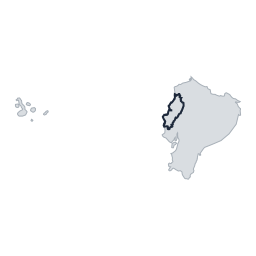 where Manabi sits in Ecuador
{"feature_id": "ECU-1282", "entity_name": "Manabi", "entity_type": "Province", "adm_level": 1, "iso_a3": "ECU", "parent_name": "Ecuador", "parent_adm1": "", "projection": "natural_earth1", "projection_center": [-80.093, -0.733], "detail": "fine", "context": "in_parent", "style": "outline", "palette": "slate", "viewbox_px": 256, "rotation_deg": 0, "n_neighbors": 0, "source": "natural_earth", "source_scale": "10m", "svg_char_len": 7066}
<svg xmlns="http://www.w3.org/2000/svg" viewBox="0 0 256 256"><path d="M240.2,101.6L239.4,102.2L237.5,102.4L236.1,101.9L235.5,101.9L235.4,102.4L237.3,103.9L238.2,106.4L239.6,108.0L240.5,108.7L240.5,109.3L240.2,110.3L240.2,111.1L240.6,115.0L240.3,115.3L239.3,115.3L238.5,114.6L236.2,124.2L229.1,133.8L221.0,140.6L211.6,144.6L204.8,147.3L203.7,148.3L200.3,153.1L200.2,153.6L200.6,154.4L200.7,155.0L200.2,155.3L199.7,155.3L199.6,155.1L199.4,154.5L199.0,153.9L198.4,153.7L198.1,153.9L198.1,154.4L197.4,157.0L197.4,158.3L197.1,158.8L197.1,159.9L196.4,161.0L195.9,162.7L195.3,163.3L194.6,166.0L193.5,168.6L193.4,169.6L193.8,170.2L193.9,170.7L193.4,172.4L191.0,174.0L190.4,174.8L190.1,175.7L190.3,176.5L190.2,177.1L189.5,177.3L188.7,178.9L188.1,179.2L186.6,178.7L185.4,178.7L184.6,178.2L182.9,175.6L182.2,174.1L182.0,172.0L180.4,170.7L178.2,171.0L177.5,170.5L175.9,169.7L174.5,168.7L173.5,168.2L172.7,168.4L171.4,170.1L170.1,170.8L169.6,170.8L168.8,170.3L168.7,169.7L170.6,166.8L169.2,166.7L168.7,166.1L168.6,165.4L168.4,164.6L168.7,163.6L169.4,163.1L170.5,163.5L171.2,163.5L171.7,162.7L172.7,162.0L172.9,161.5L172.4,160.1L172.3,159.3L172.4,158.9L172.4,157.3L172.1,156.7L172.0,155.9L171.8,155.4L171.7,154.3L170.9,153.7L173.2,152.7L174.0,151.9L175.0,151.2L175.9,150.1L176.5,149.0L177.8,144.0L179.1,140.9L178.9,139.4L177.8,137.4L177.6,134.4L177.7,133.4L177.6,132.8L176.9,134.0L177.0,138.4L176.4,140.4L175.6,140.9L175.0,140.5L175.3,137.3L174.7,137.9L173.7,140.1L172.0,141.7L171.9,142.2L171.5,142.9L170.2,142.3L169.2,141.6L166.0,138.0L163.9,137.2L162.6,136.0L162.3,135.4L162.2,134.7L163.5,133.9L164.8,132.9L165.0,130.6L164.9,128.9L163.9,125.8L164.4,121.9L164.1,120.3L163.0,117.1L163.9,115.4L166.8,114.2L167.8,113.4L168.5,110.8L169.2,109.2L170.5,109.8L171.5,109.8L170.1,109.2L169.0,106.8L168.8,105.8L171.0,102.5L172.2,101.7L173.6,100.0L174.8,97.4L175.1,93.4L174.6,90.5L174.2,87.4L174.9,86.7L176.7,86.2L178.2,85.3L179.0,84.3L180.7,84.5L182.7,83.1L186.0,82.4L190.5,80.8L191.5,79.3L191.1,76.8L192.7,78.3L193.5,79.5L195.8,80.9L198.6,83.3L200.4,84.5L202.4,85.6L205.2,86.8L207.0,86.6L207.7,88.4L208.3,89.0L210.0,89.6L210.2,89.8L210.8,93.2L211.2,93.7L212.6,94.2L214.3,94.4L215.0,94.3L216.6,95.2L218.9,96.0L219.8,96.1L220.2,95.9L220.3,95.6L221.0,95.7L222.1,96.1L223.5,96.2L224.5,95.8L224.7,93.9L225.0,93.5L226.1,92.8L226.6,92.9L229.4,94.4L230.0,94.9L230.7,96.0L232.0,97.5L233.4,98.5L235.6,98.9L237.7,100.5L240.2,101.6ZM20.6,99.5L21.5,100.5L21.9,103.5L24.7,106.5L25.0,108.3L24.8,109.1L24.9,109.4L26.2,110.6L27.1,111.9L25.6,114.9L22.6,116.1L19.2,116.1L18.6,115.7L17.7,114.6L17.5,113.6L18.1,112.6L19.8,111.1L22.4,109.8L22.7,108.8L21.6,107.8L20.9,105.9L19.3,104.5L18.5,100.3L17.9,100.1L16.8,100.7L16.2,100.1L16.1,99.9L17.4,98.9L17.6,98.2L19.4,97.9L20.1,98.5L20.6,99.5ZM33.5,112.2L32.8,112.2L30.6,110.7L30.8,109.2L31.6,108.1L34.4,107.6L35.5,108.6L35.4,110.4L34.5,111.7L33.7,111.9L33.5,112.2ZM173.6,147.1L173.3,147.8L172.0,147.7L171.7,147.5L172.0,144.6L172.3,143.7L173.4,142.8L174.3,142.3L175.4,142.4L176.7,143.2L175.2,144.7L174.1,145.1L173.6,147.1ZM18.5,107.2L17.1,107.5L16.0,107.0L15.5,106.1L15.4,104.9L15.5,104.4L18.0,104.0L18.9,105.0L18.9,106.6L18.5,107.2ZM46.1,114.4L44.4,115.0L43.5,114.4L43.5,114.0L44.3,113.1L45.2,112.5L46.0,111.4L47.4,110.7L47.9,110.9L48.1,111.1L48.2,111.5L47.8,112.4L46.9,113.0L46.1,114.4ZM30.2,105.2L29.6,105.7L27.0,105.1L26.2,104.2L26.8,103.0L27.4,102.5L28.9,102.9L30.5,104.3L30.2,105.2ZM32.3,121.2L31.7,121.2L31.0,120.6L31.5,119.3L32.6,120.0L32.9,120.4L32.3,121.2ZM190.4,80.0L189.6,80.1L189.3,79.4L190.2,78.5L190.5,78.3L190.4,80.0Z" fill="#d9dde1" stroke="#a8b0b8" stroke-width="1"/><path d="M164.2,126.6L163.9,125.9L163.7,125.6L163.7,125.4L163.7,125.1L164.2,124.6L164.1,124.2L164.1,123.7L164.3,123.6L164.4,123.4L164.6,123.4L164.8,123.4L164.9,123.2L164.9,122.7L165.0,122.4L164.9,122.0L165.0,121.8L165.2,121.6L165.2,121.3L164.8,120.6L164.0,119.5L163.3,118.1L163.0,117.3L162.8,116.8L162.9,116.5L163.1,116.3L163.3,116.1L163.5,115.9L163.7,115.6L163.8,115.4L164.0,115.2L164.2,114.9L164.4,115.0L164.6,115.0L164.8,114.9L165.0,114.8L165.3,114.8L165.5,114.7L165.5,114.8L165.7,115.0L165.9,115.0L166.1,114.8L166.3,114.6L166.6,114.8L166.9,114.9L167.3,114.7L167.6,114.4L167.9,114.0L168.1,113.0L168.1,112.7L168.3,111.7L168.6,110.9L168.9,110.2L169.1,109.7L169.4,109.5L169.6,109.4L169.6,109.9L169.8,110.2L170.2,110.4L170.6,110.4L171.3,110.4L171.3,110.2L170.9,110.1L170.5,110.0L170.2,110.0L170.0,109.9L169.9,109.4L169.7,109.0L169.5,108.9L169.4,108.8L169.4,108.4L169.2,107.9L169.2,107.5L169.0,107.0L168.8,106.6L168.6,106.0L168.7,105.7L169.0,105.7L169.5,105.3L169.9,104.6L170.0,104.3L170.1,104.1L170.2,103.7L170.3,103.5L170.6,103.3L170.8,103.0L171.0,102.7L171.2,102.9L171.5,102.8L171.8,102.5L172.2,102.1L173.0,101.1L173.7,100.1L173.9,99.8L174.0,99.5L174.0,99.3L174.1,99.2L174.5,99.1L174.7,98.5L174.8,98.0L174.9,97.1L174.9,96.7L174.8,96.1L174.7,94.9L174.9,94.4L174.9,94.2L175.1,94.3L175.2,94.5L175.2,94.8L175.3,94.8L175.4,94.6L175.4,94.4L175.8,95.4L175.9,95.7L176.0,95.7L176.1,95.8L176.3,95.8L176.5,95.7L176.7,95.4L176.8,95.3L176.8,95.1L176.9,94.9L177.0,94.8L177.5,94.9L178.0,94.8L178.1,94.7L178.4,94.5L178.6,94.2L178.8,94.0L179.0,94.0L179.3,94.0L179.5,94.3L179.6,94.5L179.4,94.7L179.3,94.8L179.3,95.0L180.1,95.7L180.2,95.8L180.1,96.0L179.9,96.2L179.8,96.3L179.5,96.8L179.5,97.0L179.8,97.2L180.0,97.1L180.2,97.5L180.3,97.6L180.5,97.5L181.0,97.9L181.1,98.0L181.3,98.0L181.0,98.6L180.9,98.6L180.9,98.8L180.9,99.0L180.7,99.0L180.6,99.3L180.7,99.5L181.0,100.1L180.9,100.3L180.8,100.6L180.9,100.9L180.9,101.1L181.0,101.2L181.3,101.4L181.5,101.5L182.0,102.1L182.3,102.5L182.9,102.7L183.0,102.7L183.3,102.7L183.4,102.8L183.5,102.9L183.5,103.2L183.6,106.0L183.4,106.5L183.0,107.3L183.0,107.6L182.9,107.7L182.8,108.2L182.5,108.6L182.4,109.3L182.2,109.6L181.9,110.3L181.8,110.9L181.7,111.0L181.3,111.2L181.2,111.4L181.1,111.7L180.9,112.8L180.6,113.4L179.7,113.6L179.4,113.8L179.2,113.9L178.7,114.8L178.6,115.1L178.5,115.3L178.3,115.4L178.2,115.5L178.2,115.8L178.2,116.0L178.0,116.3L177.8,116.6L177.6,117.0L177.4,117.2L176.7,117.9L176.5,118.0L176.3,118.1L176.1,118.0L175.8,118.0L175.7,118.0L175.7,117.9L175.8,117.8L175.8,117.7L175.7,117.6L175.5,117.8L175.4,118.1L175.3,118.4L175.2,118.8L175.1,119.3L174.8,120.1L174.7,120.3L174.2,120.8L173.9,121.0L173.7,121.1L173.6,121.3L173.6,121.7L173.6,122.0L173.2,122.3L172.9,122.5L172.7,122.8L172.6,123.3L172.7,123.6L172.7,123.8L172.9,124.1L172.8,124.3L172.4,124.7L171.5,124.8L171.6,125.1L171.7,125.3L171.9,125.4L172.0,125.5L172.3,125.6L172.3,125.8L172.3,126.0L172.4,126.5L172.2,126.7L171.6,126.6L171.5,126.8L171.4,126.9L171.2,126.8L171.1,126.7L170.9,126.7L170.8,126.8L170.6,127.1L170.4,127.3L170.2,127.4L170.1,127.5L169.9,127.8L169.8,128.0L169.7,128.2L169.6,128.3L169.5,128.5L169.5,128.8L169.5,129.0L169.4,129.1L168.9,129.2L168.3,129.2L168.0,129.1L167.8,129.0L167.7,128.8L167.7,128.6L167.7,128.3L167.8,128.2L167.9,127.9L168.0,127.4L168.0,127.2L167.9,127.1L167.7,126.9L167.7,126.7L167.7,126.4L167.1,126.2L166.8,126.2L166.3,126.4L166.1,126.5L165.1,126.4L164.9,126.5L164.5,126.5L164.2,126.6L164.2,126.6Z" fill="none" stroke="#1e293b" stroke-width="2"/></svg>